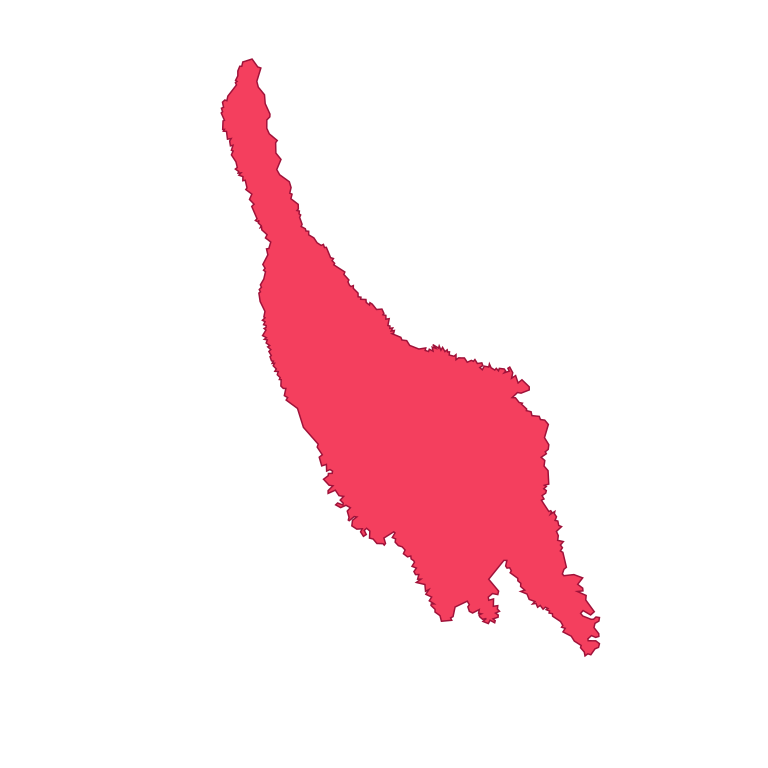 the district of Comapa, Veracruz, Mexico, rotated 52°
{"feature_id": "50627088B99460777873405", "entity_name": "Comapa", "entity_type": "district", "adm_level": 2, "iso_a3": "MEX", "parent_name": "Mexico", "parent_adm1": "Veracruz", "projection": "mercator", "projection_center": [-96.723, 19.142], "detail": "fine", "context": "isolated", "style": "filled", "palette": "rose", "viewbox_px": 768, "rotation_deg": 52, "n_neighbors": 0, "source": "geoboundaries", "source_scale": "gbopen_adm2", "svg_char_len": 6137}
<svg xmlns="http://www.w3.org/2000/svg" viewBox="0 0 768 768"><g transform="rotate(52 384 384)"><path d="M517.1,279.4L511.4,279.6L508.3,282.6L505.1,281.6L500.0,286.9L496.4,285.2L492.6,288.2L491.5,287.0L484.6,288.1L484.3,286.8L481.8,288.9L475.8,288.9L473.6,291.4L472.9,284.1L475.6,281.6L478.1,273.2L475.6,271.3L465.6,272.7L465.7,277.7L458.4,275.1L458.0,279.9L454.4,275.6L448.1,274.5L447.9,276.7L451.0,277.4L449.2,282.4L448.7,280.1L446.2,280.0L442.7,283.5L444.1,285.7L440.8,285.9L441.2,288.1L437.1,289.6L433.1,288.6L435.1,291.0L431.7,294.0L433.3,297.8L430.0,298.4L430.3,294.8L427.6,293.9L425.3,297.8L420.7,297.3L421.2,299.6L419.2,300.6L418.1,305.0L413.0,304.6L409.3,309.2L409.2,312.3L405.2,309.2L405.3,311.7L401.3,314.8L399.0,312.6L397.9,314.2L396.0,313.2L396.0,316.0L391.2,315.3L392.4,318.3L388.0,317.1L389.3,318.9L383.0,321.3L387.7,321.2L384.6,323.3L388.3,325.1L384.5,326.9L385.8,328.9L382.9,330.9L381.3,328.9L377.9,335.0L369.4,340.0L363.8,339.4L360.4,342.8L357.6,342.0L349.3,346.7L349.9,345.1L348.2,342.9L346.7,345.7L345.2,342.6L343.7,345.2L342.0,343.6L340.3,344.9L335.7,339.7L334.1,342.6L331.1,340.3L328.8,342.2L328.3,340.6L323.7,339.5L320.7,344.0L313.8,344.1L311.3,345.0L312.8,346.8L308.8,347.8L306.3,346.2L302.9,350.2L301.4,348.7L299.3,350.7L296.4,348.5L289.7,349.3L287.6,347.6L286.9,350.0L285.0,350.4L281.3,349.5L280.4,347.6L273.0,348.2L271.6,345.9L259.2,350.2L258.5,348.6L254.9,349.0L254.0,346.6L251.5,348.3L240.8,345.3L239.8,346.9L236.7,345.8L236.1,348.2L231.5,349.8L225.7,349.3L220.1,351.5L217.3,349.3L215.4,351.3L213.2,350.4L208.9,352.3L207.7,350.2L200.7,347.9L199.5,345.6L197.6,346.2L195.6,344.2L193.7,345.8L193.3,343.7L189.6,341.0L180.7,343.3L177.8,339.6L175.6,340.8L172.0,336.3L166.3,334.1L154.9,337.4L149.0,336.5L143.6,326.9L135.4,327.0L127.1,320.8L126.4,318.2L116.3,320.4L110.4,319.0L103.8,313.8L103.2,309.5L101.1,307.7L89.9,305.0L82.5,300.1L72.7,300.3L67.2,297.9L59.2,286.5L56.4,288.3L46.7,287.9L43.3,297.0L46.1,300.5L44.8,302.0L47.3,306.4L51.2,309.5L53.4,314.1L55.1,313.5L55.1,315.6L57.5,316.1L61.0,329.8L64.0,333.4L62.2,334.6L62.5,337.8L67.2,340.1L66.6,342.3L70.1,343.6L70.2,345.4L78.0,347.4L77.6,348.9L84.1,354.4L85.1,353.0L85.9,354.9L88.0,352.6L94.7,356.6L96.5,353.3L97.5,356.0L101.8,358.4L102.9,356.0L105.9,360.4L107.5,359.4L109.5,363.2L117.8,363.9L123.1,366.3L123.1,368.8L127.1,367.7L128.0,369.2L129.6,366.7L130.1,369.8L133.7,367.5L136.9,370.1L138.0,367.9L145.1,371.2L145.7,373.2L153.0,371.2L155.8,376.4L162.3,375.7L162.6,378.9L175.6,382.3L176.0,384.7L178.5,383.5L178.0,381.7L179.8,383.9L183.7,383.3L184.6,385.2L185.0,383.9L187.3,385.4L194.4,384.2L195.9,387.5L202.4,385.8L206.3,391.3L205.2,393.4L210.7,396.0L215.2,405.9L219.6,406.4L220.2,408.9L222.5,408.2L227.3,414.1L229.8,420.4L232.3,421.0L232.8,424.2L235.3,424.6L235.3,426.6L242.7,430.8L253.5,433.1L257.2,437.4L258.6,437.0L258.9,440.6L261.7,439.4L263.1,442.4L265.3,440.9L266.9,442.2L266.4,444.3L268.8,443.8L271.1,449.9L275.1,448.2L275.1,450.8L277.4,448.8L279.1,451.6L283.3,450.4L283.1,452.8L287.2,452.0L287.5,454.7L292.2,455.3L292.3,457.0L296.5,458.4L297.9,457.1L298.9,459.5L300.3,457.5L301.4,460.1L305.8,459.6L306.8,462.2L309.1,459.7L311.0,462.4L315.1,461.9L316.0,463.7L317.3,462.4L322.1,466.5L325.5,466.1L327.1,464.1L331.8,469.7L335.4,468.3L336.4,471.0L350.0,467.2L368.6,474.2L390.9,472.9L392.6,475.5L401.8,476.2L401.8,480.1L410.2,483.5L411.9,478.9L417.3,482.8L418.2,479.2L421.0,478.2L422.5,479.8L420.3,482.9L421.9,484.4L421.8,490.3L430.0,489.6L432.8,486.9L433.6,493.7L435.8,495.4L437.7,487.7L444.3,488.2L447.7,485.0L448.5,490.0L452.8,489.5L454.0,490.9L449.2,493.8L449.5,496.5L454.7,494.3L456.2,488.6L460.8,486.7L461.5,491.2L467.5,493.6L469.2,495.9L470.3,495.6L470.1,489.1L472.0,487.3L472.0,492.7L476.0,496.7L481.6,494.8L484.7,490.3L486.1,493.5L491.4,494.0L491.7,490.6L487.2,489.7L487.0,486.5L491.2,485.7L496.5,490.3L499.5,488.0L505.3,487.8L509.2,483.1L511.1,483.0L510.6,481.0L505.3,478.9L506.5,467.3L508.1,467.0L510.1,472.0L513.2,470.2L515.5,472.6L520.2,472.2L523.5,469.9L527.8,469.6L529.7,473.2L534.7,471.9L536.0,468.8L538.5,470.3L541.6,469.4L543.2,469.7L544.9,474.2L549.0,471.8L550.2,475.9L553.6,476.5L555.6,473.9L558.5,477.7L560.5,475.1L560.3,480.7L567.2,475.2L572.9,478.9L573.6,475.2L575.5,480.5L581.2,477.6L582.7,481.8L588.1,479.9L586.4,482.2L587.4,483.3L593.0,482.5L595.1,484.2L601.0,482.5L606.3,484.8L611.9,476.1L609.3,475.5L609.8,472.8L603.5,465.3L606.4,452.1L610.4,452.6L611.2,455.1L615.7,456.7L619.0,455.2L620.4,447.8L622.8,450.6L625.1,448.7L624.4,451.4L626.5,451.9L630.1,451.2L631.8,447.7L632.0,452.2L637.0,449.3L635.5,445.9L640.3,443.8L639.0,442.1L636.2,442.7L638.0,437.7L636.4,436.2L633.2,437.2L634.2,432.9L631.2,433.2L628.7,430.8L626.5,434.7L620.8,430.0L618.9,434.6L616.1,433.0L615.9,427.5L620.0,424.0L617.8,421.2L602.3,421.7L596.8,398.1L598.7,395.8L602.3,400.2L604.8,400.4L606.2,398.1L609.6,398.7L610.4,400.8L619.5,398.2L621.5,399.7L625.3,398.9L627.6,401.0L633.1,400.0L631.6,404.0L637.6,400.6L643.1,402.2L648.3,399.0L648.8,402.3L650.5,399.3L654.5,400.4L654.7,397.2L659.4,397.3L659.2,394.3L661.8,393.0L661.7,395.1L664.8,393.3L666.1,394.9L668.7,392.7L670.8,394.1L679.8,391.1L684.3,391.7L685.0,393.8L688.1,391.6L689.5,395.6L698.0,391.7L703.8,392.3L711.4,389.6L712.8,391.5L718.5,391.2L722.0,393.0L722.1,389.5L724.7,387.7L722.6,380.8L723.6,377.1L721.3,374.1L716.8,375.2L712.0,381.2L710.3,380.2L710.0,375.4L714.0,373.2L715.2,370.1L713.0,368.5L705.2,368.5L702.5,365.1L703.1,360.6L700.7,358.0L698.1,360.4L698.4,363.7L696.9,365.7L689.2,370.2L685.8,370.3L685.1,366.6L693.2,363.4L692.9,358.5L678.4,358.0L675.1,354.9L666.5,359.4L669.5,354.6L667.2,353.1L661.1,354.7L659.1,346.8L651.1,351.7L645.8,360.3L643.5,360.4L640.8,356.3L640.7,353.1L626.8,346.7L624.1,347.8L622.9,344.2L619.5,344.1L618.6,339.7L614.1,343.4L610.8,340.0L606.3,338.9L605.7,331.9L603.0,333.4L599.0,331.4L596.8,333.2L594.8,329.8L591.0,329.6L589.6,327.9L589.1,333.1L588.0,330.7L586.5,330.6L585.9,332.6L572.5,331.5L573.1,328.7L569.3,328.2L569.5,323.7L567.9,321.7L564.9,322.6L564.7,319.2L562.6,319.9L564.3,315.8L553.3,308.1L547.2,308.4L543.3,304.4L538.5,305.3L538.9,299.0L536.7,298.7L536.6,294.8L533.3,291.5L525.1,290.6L517.1,279.4Z" fill="#f43f5e" stroke="#9f1239" stroke-width="1.5"/></g></svg>